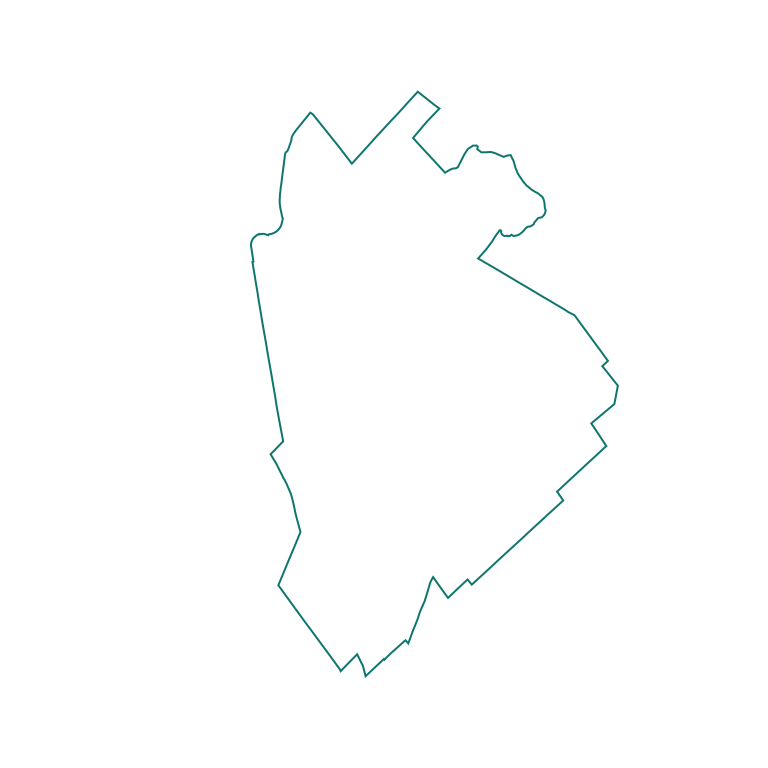 Cocotitlán, México, Mexico (Equal Earth projection), rotated 215°
{"feature_id": "50627088B34264143573163", "entity_name": "Cocotitlán", "entity_type": "district", "adm_level": 2, "iso_a3": "MEX", "parent_name": "Mexico", "parent_adm1": "México", "projection": "equal_earth", "projection_center": [-98.857, 19.228], "detail": "fine", "context": "isolated", "style": "outline", "palette": "teal", "viewbox_px": 768, "rotation_deg": 215, "n_neighbors": 0, "source": "geoboundaries", "source_scale": "gbopen_adm2", "svg_char_len": 4414}
<svg xmlns="http://www.w3.org/2000/svg" viewBox="0 0 768 768"><g transform="rotate(215 384 384)"><path d="M597.0,564.1L600.0,564.0L600.8,552.7L601.6,541.4L601.6,539.9L601.7,538.0L601.6,536.1L601.3,533.7L599.4,529.7L597.5,522.8L596.8,519.9L596.8,518.9L597.0,518.4L597.4,517.4L597.0,515.8L591.5,505.3L587.3,497.3L583.2,489.6L581.6,486.3L578.0,479.8L574.6,474.3L573.3,472.5L572.3,471.4L569.2,468.0L567.5,466.5L562.7,462.0L561.6,461.4L561.4,460.8L559.6,456.1L559.0,453.8L558.9,451.2L559.3,448.3L560.1,446.0L561.6,443.3L563.3,441.3L564.3,440.4L564.2,439.5L565.1,439.2L566.1,438.8L567.1,438.6L568.2,438.2L569.6,437.4L571.9,435.1L572.3,435.3L573.5,433.2L574.3,430.4L574.7,428.0L574.3,425.1L573.6,423.1L572.4,421.1L569.0,417.6L561.2,409.4L561.8,408.5L554.7,401.3L547.6,394.0L540.5,386.8L533.5,379.5L526.4,372.3L519.3,365.0L511.6,357.3L503.9,349.6L496.3,341.8L488.6,334.1L480.9,326.4L473.6,319.0L466.3,311.7L459.5,304.5L450.5,295.6L450.1,295.2L433.7,279.2L435.0,271.2L436.6,261.4L426.1,256.8L425.6,256.5L412.5,249.3L410.0,248.2L406.5,246.3L397.2,240.6L393.6,237.6L389.4,233.9L388.3,232.9L385.7,230.5L383.5,228.4L381.2,226.3L378.5,224.0L376.7,222.5L376.1,222.0L367.5,214.8L364.6,201.8L363.4,196.2L362.1,190.1L360.0,180.5L357.9,171.2L355.1,158.5L342.9,154.3L331.5,150.4L328.6,149.4L325.7,148.4L320.2,146.5L314.2,144.4L313.3,144.1L309.0,142.7L302.1,140.4L295.8,138.3L289.0,136.0L284.3,134.4L282.1,133.7L274.7,131.2L265.7,128.1L256.6,125.0L254.8,123.9L252.6,137.5L251.4,144.6L251.0,147.2L239.6,141.0L231.5,134.1L229.1,145.4L226.4,158.6L225.5,158.3L225.0,161.6L223.9,167.6L222.6,172.9L221.3,178.5L220.0,184.3L219.4,186.4L215.3,185.4L217.4,193.3L218.7,198.2L218.9,198.8L219.4,201.2L220.0,204.0L220.9,207.6L221.4,210.0L222.9,214.9L223.6,217.2L223.9,218.1L224.1,219.2L224.5,221.1L224.9,223.0L225.1,224.3L225.7,226.9L225.8,227.5L226.2,229.7L226.7,231.1L227.4,233.4L228.1,235.4L229.1,238.6L230.2,241.8L231.7,246.3L232.1,247.5L232.4,248.5L232.9,252.7L233.0,254.0L221.0,249.7L208.9,245.5L206.2,258.7L203.4,271.8L197.0,270.0L196.0,274.5L195.2,278.4L194.8,280.1L192.1,292.2L190.3,300.6L189.6,304.1L186.5,318.1L184.1,328.8L181.3,341.6L180.8,344.1L178.0,357.0L175.9,366.3L175.2,369.8L172.3,382.6L170.4,391.4L180.5,395.1L178.2,405.7L177.3,410.0L176.2,415.1L174.2,424.5L172.6,431.9L170.6,441.0L168.8,449.1L166.6,459.6L166.3,460.7L167.9,461.3L176.1,464.6L185.3,468.2L191.6,470.6L187.7,485.2L183.8,499.7L185.9,504.4L188.6,510.4L191.5,516.8L198.0,518.7L202.6,520.1L209.0,522.0L215.4,523.8L214.6,527.6L213.8,531.4L219.9,533.4L223.8,534.8L227.9,536.2L234.5,538.4L237.7,539.5L247.4,542.8L256.9,546.0L267.3,549.6L274.6,548.6L277.3,548.6L279.4,548.5L280.4,548.4L282.8,548.2L286.0,548.0L289.3,547.7L292.9,547.5L296.7,547.2L299.0,547.0L302.2,546.7L308.9,546.2L314.9,545.8L320.3,545.4L326.7,544.9L331.4,544.5L335.5,544.2L340.4,543.9L343.8,543.6L349.2,543.2L355.8,542.7L357.2,542.6L359.4,542.4L363.0,542.1L378.9,540.8L377.5,553.2L377.2,561.9L377.6,570.8L377.4,573.8L377.5,574.9L377.5,576.0L377.2,576.5L376.7,576.8L376.1,576.5L375.7,576.5L374.9,575.2L373.6,574.4L372.5,574.1L371.2,574.1L370.3,574.4L369.5,574.9L369.0,575.2L368.2,576.0L367.3,576.3L366.9,576.3L366.3,576.9L365.9,577.3L365.6,577.8L365.3,579.3L362.7,579.5L359.6,582.8L358.6,585.1L357.9,587.3L357.5,589.7L357.4,591.5L357.1,593.6L356.6,594.7L356.2,595.6L354.6,596.9L354.4,597.3L353.9,598.3L353.0,600.7L353.3,601.9L353.5,602.6L352.9,608.3L351.9,609.5L350.3,611.1L349.8,614.0L350.2,616.7L351.1,618.9L353.5,620.8L356.6,624.6L359.2,626.8L361.6,628.1L367.6,628.5L368.9,628.3L370.5,628.1L373.1,627.9L375.7,627.9L379.0,628.3L380.9,628.3L386.3,629.7L390.4,631.3L392.1,631.9L395.5,633.4L397.6,634.8L398.9,635.6L399.8,636.1L405.0,640.4L405.6,640.9L411.6,644.1L414.2,641.7L415.2,640.2L416.2,638.7L425.0,636.9L428.8,635.7L430.4,634.7L433.3,632.4L435.6,630.7L437.2,629.6L442.3,629.9L443.4,632.3L445.1,632.4L445.7,631.8L447.8,630.4L450.1,624.6L449.9,618.4L447.9,604.0L448.3,603.1L448.6,602.2L450.8,600.3L452.5,598.0L453.1,596.8L453.6,595.7L455.2,592.1L463.8,594.0L472.4,595.9L474.0,596.2L487.1,599.0L489.2,599.5L493.0,600.3L496.9,601.2L501.3,602.2L499.8,618.8L499.6,620.8L499.3,623.9L496.6,641.5L502.5,641.5L505.2,641.7L511.0,642.0L524.0,642.8L525.9,628.3L527.7,613.8L528.9,605.9L530.4,594.9L532.1,582.7L534.1,566.1L535.6,554.7L536.7,546.0L537.4,546.2L541.8,547.7L546.7,549.2L551.2,550.6L556.2,552.2L560.9,553.6L573.6,557.3L584.2,560.4L597.0,564.1Z" fill="none" stroke="#0f766e" stroke-width="2"/></g></svg>